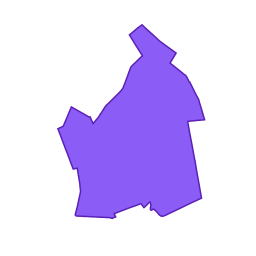 Ciorasti, Vrancea, Romania (Robinson projection), rotated 253°
{"feature_id": "2599482B91845837840053", "entity_name": "Ciorasti", "entity_type": "district", "adm_level": 2, "iso_a3": "ROU", "parent_name": "Romania", "parent_adm1": "Vrancea", "projection": "robinson", "projection_center": [27.335, 45.426], "detail": "fine", "context": "isolated", "style": "filled", "palette": "violet", "viewbox_px": 256, "rotation_deg": 253, "n_neighbors": 0, "source": "geoboundaries", "source_scale": "gbopen_adm2", "svg_char_len": 3918}
<svg xmlns="http://www.w3.org/2000/svg" viewBox="0 0 256 256"><g transform="rotate(253 128 128)"><path d="M104.8,63.6L104.7,64.1L104.6,65.7L104.3,67.7L97.7,66.8L89.5,65.7L88.2,65.5L84.7,64.7L84.1,64.7L83.7,64.6L82.2,64.3L81.3,64.1L81.1,64.0L80.7,63.8L80.0,63.5L79.8,63.3L79.2,63.0L78.9,62.8L78.4,62.6L78.1,62.4L77.9,62.3L77.8,62.2L77.7,62.1L77.3,61.9L77.1,61.8L76.9,61.8L76.6,61.6L76.2,61.4L75.9,61.2L75.5,60.9L75.0,60.6L74.4,60.3L73.9,60.0L72.7,59.4L72.2,59.1L71.8,58.9L71.4,58.6L70.8,58.3L70.3,58.0L69.6,57.6L69.0,57.3L68.7,57.2L64.6,54.7L62.9,53.6L61.0,52.5L60.7,52.3L60.3,52.1L60.1,52.2L59.5,52.5L59.0,52.7L58.7,53.6L58.0,55.4L57.5,57.0L57.0,58.2L56.5,59.5L56.1,60.7L55.5,62.6L54.8,64.4L54.0,66.5L53.3,68.4L52.9,69.8L52.5,70.9L51.9,72.4L51.1,74.6L50.5,76.2L49.8,78.4L49.5,79.2L49.1,80.2L48.3,82.4L47.9,83.6L47.7,84.1L46.6,85.8L46.1,86.6L46.1,86.8L46.3,87.3L46.5,87.8L46.5,88.3L46.5,88.8L46.5,89.5L46.5,90.2L47.6,90.1L47.8,90.1L49.2,89.8L50.0,89.6L50.2,89.8L50.2,90.2L50.5,95.6L50.6,96.7L50.9,101.1L51.1,103.9L51.2,105.5L51.4,109.4L51.4,109.6L51.5,112.6L51.6,114.0L51.8,117.9L51.8,118.2L51.7,118.3L49.9,119.0L49.3,119.2L48.8,119.3L48.5,119.4L47.6,119.8L47.2,120.0L48.8,123.4L50.8,126.7L50.8,127.4L50.1,127.5L48.9,127.4L48.4,127.4L47.9,127.4L47.6,127.3L47.3,127.2L46.9,127.0L46.1,126.6L45.7,126.4L45.4,126.2L45.2,126.2L44.6,125.9L43.8,125.7L43.5,125.6L43.3,125.6L43.1,125.7L42.8,126.0L42.5,126.3L42.5,126.6L42.6,126.9L42.7,127.2L43.0,127.9L43.0,128.2L43.0,128.4L42.9,128.7L42.5,129.2L42.1,129.4L41.5,129.7L41.2,130.0L40.1,130.6L39.5,131.0L38.9,131.3L38.1,131.6L37.4,131.8L36.3,132.2L35.7,132.6L34.4,133.6L33.9,134.1L33.7,134.7L33.4,136.1L33.5,137.4L33.6,138.8L34.0,140.9L35.0,147.9L38.0,167.2L39.4,177.8L55.0,179.7L66.8,181.1L75.7,182.3L77.0,182.5L77.8,182.5L92.6,184.2L105.5,185.6L114.5,186.7L115.6,186.8L116.6,186.9L116.8,187.0L116.6,188.5L116.3,190.1L115.4,194.3L115.2,195.5L113.9,201.6L113.7,202.4L113.6,203.1L113.5,203.4L113.5,203.7L114.0,203.7L114.4,203.7L115.7,203.7L119.1,203.7L123.5,203.8L131.3,203.8L134.4,203.9L135.2,203.8L139.4,202.9L142.4,202.4L144.9,202.0L153.2,200.6L154.0,200.5L154.3,199.9L154.5,199.8L155.6,199.8L159.5,199.1L161.2,198.6L161.5,198.5L161.7,198.3L164.1,196.4L164.5,196.3L177.8,187.2L179.2,188.8L185.6,195.9L201.0,184.3L202.9,183.1L208.6,179.8L211.1,178.3L215.8,175.5L218.1,174.1L222.6,171.6L222.5,171.2L222.3,170.8L221.5,168.4L221.0,167.0L221.0,166.8L219.9,164.4L218.2,160.4L217.3,158.3L217.0,157.5L216.7,156.6L215.4,156.9L214.4,157.1L213.4,157.4L209.9,158.3L206.0,159.3L204.4,159.7L198.7,161.3L196.5,161.9L193.9,162.6L192.8,162.9L192.6,162.6L192.3,161.8L191.0,159.1L190.2,157.5L189.6,156.5L189.5,156.2L189.1,155.5L188.3,153.9L186.7,150.7L186.3,150.1L185.9,149.2L185.4,148.5L184.5,147.8L182.8,146.5L181.0,145.1L179.6,144.1L176.2,141.5L171.5,137.9L170.5,137.1L170.3,136.9L169.8,136.5L168.1,135.2L167.7,134.8L166.3,133.2L165.5,131.9L164.7,130.5L163.6,128.5L162.8,126.9L162.4,126.1L161.6,124.6L160.6,122.8L159.7,121.1L159.1,119.8L158.8,119.4L156.3,114.4L155.7,113.3L155.3,112.8L154.7,112.0L150.1,106.6L148.7,104.8L148.3,104.4L148.0,104.1L147.8,103.9L147.3,103.3L147.0,102.9L146.6,102.5L145.4,100.4L143.6,97.7L143.3,97.2L143.0,96.6L142.4,96.1L142.4,95.9L143.0,95.8L143.3,95.8L145.8,95.5L147.4,95.3L149.0,95.1L149.7,95.1L149.7,94.8L149.9,94.1L150.3,93.6L150.7,93.2L151.9,92.1L152.1,91.8L152.4,91.7L153.2,90.9L154.1,90.1L155.2,89.0L156.0,88.2L156.6,87.6L157.4,86.9L157.9,86.5L158.6,85.8L159.5,84.9L161.2,83.3L163.6,81.0L164.7,80.1L164.7,79.9L164.2,79.6L163.4,78.9L155.9,72.7L154.9,71.9L154.5,71.5L153.5,70.7L153.1,70.3L151.4,68.9L150.3,68.0L149.3,67.1L148.7,66.6L148.2,63.9L148.2,63.5L148.0,62.2L147.8,60.7L147.0,60.8L145.2,60.9L142.9,61.1L139.9,61.3L138.0,61.4L136.7,61.5L134.2,61.6L131.6,61.8L128.8,62.0L125.6,62.2L123.2,62.4L115.5,62.9L113.2,63.1L112.9,63.0L112.1,63.1L111.2,63.1L110.4,63.2L109.0,63.3L105.0,63.6L104.8,63.6Z" fill="#8b5cf6" stroke="#5b21b6" stroke-width="1.5"/></g></svg>